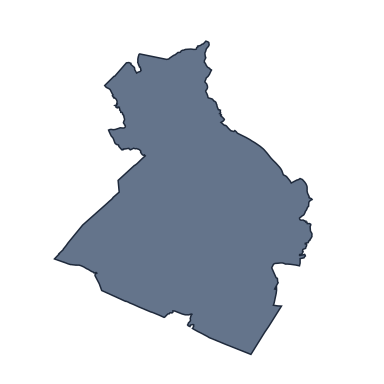 Razboieni, Neamt, Romania, rotated 99°
{"feature_id": "2599482B74190320354557", "entity_name": "Razboieni", "entity_type": "district", "adm_level": 2, "iso_a3": "ROU", "parent_name": "Romania", "parent_adm1": "Neamt", "projection": "orthographic", "projection_center": [26.546, 47.074], "detail": "fine", "context": "isolated", "style": "filled", "palette": "slate", "viewbox_px": 384, "rotation_deg": 99, "n_neighbors": 0, "source": "geoboundaries", "source_scale": "gbopen_adm2", "svg_char_len": 5860}
<svg xmlns="http://www.w3.org/2000/svg" viewBox="0 0 384 384"><g transform="rotate(99 192 192)"><path d="M303.4,265.8L310.2,241.3L310.4,240.5L310.2,240.2L310.8,237.5L311.3,236.3L312.1,232.7L313.9,226.2L316.9,214.0L317.1,212.2L318.8,205.0L320.2,200.0L319.9,199.4L316.5,197.0L316.1,196.5L315.9,195.5L314.9,195.0L314.5,193.9L314.6,193.0L314.3,192.5L313.8,192.1L312.9,192.1L312.5,192.3L312.3,191.6L312.3,190.4L314.0,182.7L314.3,180.0L314.3,178.8L314.0,177.6L314.0,176.7L313.8,175.9L312.9,174.2L312.6,173.1L312.8,172.9L313.5,173.4L314.1,173.6L317.2,174.0L318.2,173.6L319.1,173.4L320.2,173.8L322.0,175.1L323.0,175.2L324.0,175.6L324.7,174.8L325.2,173.2L325.2,172.9L323.7,172.7L322.7,170.3L322.8,169.6L324.7,169.3L325.2,169.7L325.9,169.7L326.7,170.2L327.4,168.5L328.9,164.4L329.6,162.0L332.3,154.1L333.1,152.3L337.3,134.6L343.2,108.4L319.5,98.4L312.5,95.1L290.7,85.8L291.1,89.6L291.1,93.9L288.7,93.5L279.0,93.0L275.7,93.1L273.6,93.5L275.0,94.0L274.9,95.2L268.9,93.1L268.2,92.7L267.3,93.3L266.3,93.6L264.1,94.1L263.8,94.4L263.7,95.1L263.4,95.6L254.4,101.4L250.6,100.2L249.6,98.9L248.9,95.9L248.2,93.4L247.9,91.6L248.3,89.1L248.6,88.6L248.2,86.2L248.0,83.5L247.9,78.1L248.1,74.3L245.3,74.1L240.9,74.8L239.5,71.1L237.8,70.4L237.5,70.0L236.9,70.2L236.0,71.0L236.4,71.7L237.9,75.6L237.7,75.9L236.9,75.9L236.7,75.0L236.1,74.0L235.0,73.3L234.0,73.3L233.9,73.0L233.6,72.9L233.2,73.1L233.1,73.6L231.6,73.6L231.1,73.1L229.9,71.0L228.5,70.9L228.0,70.6L226.2,70.4L225.5,71.2L225.6,72.0L225.0,72.1L224.9,71.6L224.4,71.1L224.1,69.6L223.5,69.2L222.2,69.1L221.5,68.2L221.3,68.0L220.8,67.9L220.4,68.1L220.1,67.7L219.2,67.3L217.4,66.6L216.8,66.6L216.5,66.8L214.7,66.9L214.1,67.2L212.0,68.9L207.8,69.9L205.8,69.5L205.1,69.9L205.1,70.5L204.8,71.0L205.2,73.2L203.8,73.8L204.0,74.8L203.0,74.9L203.1,76.1L202.7,76.4L202.7,77.4L202.3,77.8L202.8,79.9L202.4,81.1L201.6,81.6L200.7,81.7L199.0,79.9L198.3,79.5L197.6,78.5L196.9,77.9L194.5,77.1L193.7,77.1L191.7,76.1L189.0,75.5L187.9,74.6L183.8,75.0L182.1,74.0L181.6,73.5L180.7,72.2L180.0,72.8L179.5,74.5L179.5,75.0L179.3,75.5L178.2,75.6L175.1,77.7L172.7,78.6L172.0,78.6L169.1,79.1L168.1,79.5L166.3,80.6L164.6,82.2L162.4,84.9L161.8,87.4L162.9,88.5L163.6,89.7L163.7,90.2L167.6,95.4L165.8,96.8L162.0,101.0L161.6,101.8L160.7,104.5L156.7,106.7L155.0,108.1L153.7,109.5L150.7,113.2L147.8,117.2L145.9,119.6L141.9,123.9L138.9,127.5L138.2,128.5L136.3,131.7L134.6,135.2L133.4,137.8L132.2,140.9L131.3,142.8L129.7,147.1L126.9,156.1L126.7,156.5L125.5,157.8L124.6,159.3L125.7,160.1L125.4,163.2L123.4,166.0L121.5,168.2L121.1,169.0L120.9,169.9L121.1,170.4L118.7,174.3L117.1,172.3L116.2,171.7L115.2,171.4L114.6,172.0L113.2,173.9L112.3,175.5L112.0,175.8L111.5,175.8L111.5,175.2L111.3,175.0L110.4,176.0L110.2,176.5L110.2,176.9L109.1,176.2L107.7,176.8L106.8,176.7L106.5,177.9L106.6,178.8L104.1,180.3L102.9,180.9L102.2,181.0L101.2,181.7L99.7,182.4L98.8,183.8L98.7,184.6L97.1,186.3L96.8,187.6L96.5,190.3L96.3,190.9L94.5,191.6L92.7,192.6L91.1,193.8L90.2,194.3L89.5,194.2L88.8,193.6L87.3,193.1L86.5,193.0L85.0,193.3L83.0,194.4L81.2,196.6L78.2,195.9L77.1,195.8L75.4,194.3L73.1,193.2L69.8,192.3L68.5,191.8L68.3,192.1L68.0,193.2L67.3,193.7L66.9,194.5L66.3,196.2L64.6,197.8L63.6,198.4L62.4,199.4L62.0,200.1L60.2,200.3L57.4,199.4L56.8,199.5L56.7,199.9L53.3,200.9L52.4,201.0L51.3,200.6L48.3,200.2L45.5,198.5L44.0,198.1L41.7,198.8L41.2,199.8L40.8,201.9L43.8,203.9L44.7,205.5L46.0,206.6L46.5,208.0L46.9,208.8L47.0,209.2L47.9,209.0L48.2,209.6L48.8,210.0L50.1,210.0L50.6,210.9L50.9,212.6L51.0,215.5L52.2,220.8L53.2,222.4L53.5,223.6L54.3,224.7L55.9,225.5L56.4,227.7L59.1,230.1L59.9,231.5L63.1,234.9L64.3,235.8L65.0,237.8L63.8,265.2L64.2,265.7L64.9,266.0L66.5,266.1L67.2,266.3L67.6,266.1L68.2,266.3L70.0,266.2L71.0,265.9L72.5,265.9L74.0,264.9L74.6,264.8L74.8,264.4L75.3,264.3L75.9,263.8L76.6,263.6L76.9,263.2L76.7,262.9L77.9,262.1L79.4,261.7L79.7,261.3L81.0,261.9L82.2,264.2L83.2,265.3L80.0,267.8L78.9,268.0L78.0,268.4L75.5,272.4L74.5,272.4L74.0,274.6L74.7,277.0L89.7,286.4L90.0,287.2L100.5,294.9L101.9,293.3L102.3,292.4L102.9,290.3L103.6,288.9L107.5,286.1L108.4,285.2L109.4,285.7L110.0,285.0L110.8,284.4L110.6,284.3L110.8,283.6L111.3,283.7L111.3,283.1L111.8,282.0L112.5,281.2L113.9,280.3L114.6,280.1L116.2,280.0L116.3,280.2L116.9,280.2L117.1,280.1L117.0,279.7L118.1,280.0L118.3,281.2L118.6,281.7L118.9,280.9L119.5,280.4L120.2,280.2L120.2,279.7L120.6,279.2L120.6,278.8L120.4,278.5L119.9,278.7L119.6,278.3L119.7,277.0L120.3,277.0L121.6,276.2L122.3,276.3L123.4,275.0L124.5,274.8L124.4,273.5L125.0,272.9L125.9,272.8L126.9,271.5L127.3,271.6L128.1,271.0L129.0,270.8L130.1,270.2L131.4,269.9L132.4,270.3L134.2,270.6L134.5,270.5L135.9,269.2L136.3,269.1L136.6,268.5L136.9,268.3L137.7,268.1L138.5,268.2L139.2,268.8L139.6,269.8L139.8,273.0L140.3,273.8L142.3,277.7L142.8,279.6L142.8,281.8L143.3,283.2L143.9,284.1L145.4,283.2L146.3,282.6L148.3,281.3L148.7,280.9L149.2,280.7L150.8,278.7L151.7,278.0L155.3,276.0L155.9,275.4L156.1,275.4L156.9,273.9L156.8,273.5L157.0,273.1L157.1,271.9L158.5,271.3L161.2,268.1L161.4,267.6L160.4,266.7L160.8,266.3L160.0,265.5L159.8,264.1L159.5,263.9L159.5,263.3L158.9,261.9L158.8,261.1L159.4,260.7L159.5,259.9L160.0,259.6L160.0,259.4L157.9,256.5L158.1,255.5L158.2,254.6L157.8,253.8L158.2,251.3L158.4,250.6L159.6,249.0L160.6,249.0L161.9,248.0L163.0,246.8L163.2,246.2L163.3,245.5L162.8,244.8L163.6,243.8L166.8,246.4L172.7,250.8L174.5,252.5L174.7,253.0L192.1,266.8L203.5,263.9L209.6,269.0L209.9,269.2L210.2,269.2L212.0,270.4L214.2,272.3L216.4,274.0L241.7,294.8L261.7,306.5L264.4,307.8L268.6,310.2L269.0,310.1L273.8,313.8L274.0,313.5L279.6,317.4L279.8,316.7L281.8,305.6L282.3,303.4L282.7,300.6L282.6,300.3L282.4,295.5L281.9,292.0L282.2,289.9L283.0,287.0L284.3,283.9L284.6,282.5L286.2,278.8L286.6,276.9L287.2,276.4L287.2,275.9L286.5,274.0L287.0,273.3L288.1,274.6L289.0,274.8L289.8,274.7L297.2,269.2L303.4,265.8Z" fill="#64748b" stroke="#1e293b" stroke-width="1.5"/></g></svg>